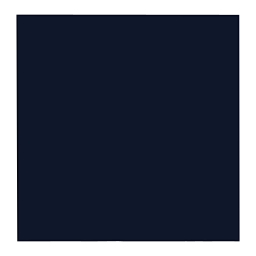 Harlan, Nebraska, United States of America
{"feature_id": "52423323B42247307732107", "entity_name": "Harlan", "entity_type": "district", "adm_level": 2, "iso_a3": "USA", "parent_name": "United States of America", "parent_adm1": "Nebraska", "projection": "equal_earth", "projection_center": [-99.371, 40.176], "detail": "fine", "context": "isolated", "style": "filled", "palette": "ink", "viewbox_px": 256, "rotation_deg": 0, "n_neighbors": 0, "source": "geoboundaries", "source_scale": "gbopen_adm2", "svg_char_len": 408}
<svg xmlns="http://www.w3.org/2000/svg" viewBox="0 0 256 256"><path d="M238.5,15.6L17.2,15.4L18.0,240.6L19.1,240.6L19.4,240.6L80.2,240.5L81.5,240.6L82.2,240.6L84.3,240.6L90.5,240.6L118.6,240.4L124.0,240.6L128.6,240.6L184.0,240.6L185.9,240.5L187.8,240.6L202.0,240.5L203.8,240.6L220.5,240.5L229.7,240.5L234.0,240.5L235.0,240.6L238.8,240.6L238.5,15.6Z" fill="#0f172a" stroke="#020617" stroke-width="1.5"/></svg>